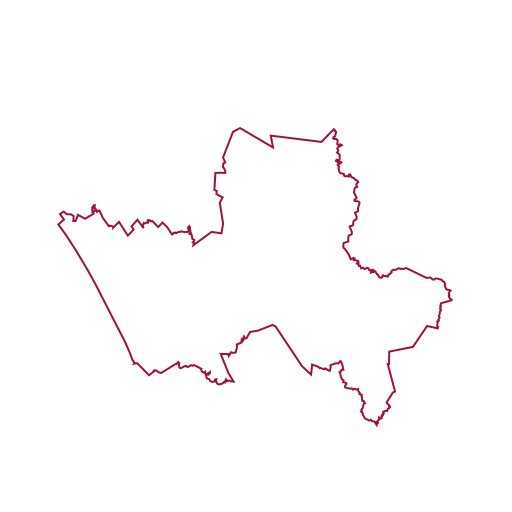 outline of Rosario, Sinaloa, Mexico, rotated 12°
{"feature_id": "50627088B45198070242199", "entity_name": "Rosario", "entity_type": "district", "adm_level": 2, "iso_a3": "MEX", "parent_name": "Mexico", "parent_adm1": "Sinaloa", "projection": "orthographic", "projection_center": [-105.736, 23.09], "detail": "fine", "context": "isolated", "style": "outline", "palette": "rose", "viewbox_px": 512, "rotation_deg": 12, "n_neighbors": 0, "source": "geoboundaries", "source_scale": "gbopen_adm2", "svg_char_len": 6104}
<svg xmlns="http://www.w3.org/2000/svg" viewBox="0 0 512 512"><g transform="rotate(12 256 256)"><path d="M305.8,115.8L296.3,130.8L245.4,135.2L250.1,146.3L213.8,134.2L207.7,139.3L203.3,166.4L206.5,171.0L205.3,171.5L204.9,172.9L205.1,175.9L206.5,176.9L208.2,179.0L208.7,181.0L199.0,183.1L201.6,200.1L204.0,200.5L204.5,203.8L211.2,205.5L209.5,211.4L217.1,231.2L217.5,241.0L207.5,241.7L192.5,258.5L192.5,257.2L193.0,256.3L191.3,255.7L192.4,253.8L192.1,253.0L190.2,252.5L188.6,248.5L186.2,248.1L186.4,247.4L187.4,246.9L186.3,244.9L185.4,241.6L184.5,240.6L183.5,242.8L185.0,244.5L184.3,246.5L181.5,247.5L178.0,247.4L176.8,248.2L175.8,248.2L173.3,250.1L173.0,249.8L172.1,249.8L171.8,250.3L170.6,250.5L170.0,252.1L169.3,252.4L163.1,246.2L157.6,242.8L154.3,248.0L147.4,243.4L146.0,244.0L145.1,243.3L144.1,243.8L143.5,243.1L142.7,243.6L143.4,245.9L141.9,246.2L140.0,247.6L139.5,247.1L138.8,249.3L139.8,251.0L139.5,251.5L132.5,245.2L128.1,252.9L130.8,255.7L126.4,262.7L114.9,251.1L110.5,257.9L110.4,257.0L107.9,256.6L107.2,257.1L106.0,256.8L105.7,257.3L98.4,250.7L93.4,244.0L91.1,245.9L90.4,245.3L90.9,244.8L90.7,244.3L90.0,244.1L89.3,244.4L89.6,243.6L88.6,242.7L87.8,242.9L87.8,239.9L86.8,240.1L86.9,241.0L86.0,241.8L85.7,242.9L86.4,244.2L86.2,245.2L87.0,245.7L86.9,247.0L88.0,246.7L87.8,247.2L88.4,248.4L81.1,255.1L73.4,252.8L72.2,259.3L70.0,259.8L69.4,255.0L66.6,253.7L62.1,254.5L58.7,252.5L55.5,255.7L60.6,260.3L56.1,266.2L66.0,275.2L79.8,289.1L94.4,304.9L105.2,317.4L146.2,367.8L152.8,377.1L156.8,383.5L157.6,383.8L158.4,385.1L159.7,385.7L159.2,386.6L162.2,385.6L176.1,394.9L180.4,390.0L179.8,389.5L180.2,389.0L181.7,388.6L185.4,390.1L187.6,390.1L199.8,378.4L200.6,378.3L201.3,376.7L202.1,375.9L203.2,376.7L203.2,378.6L204.3,381.0L205.6,381.5L209.8,378.2L210.8,378.1L211.7,378.8L212.8,378.5L215.1,376.3L216.6,376.6L217.8,375.5L226.1,377.7L225.9,378.5L227.1,380.2L229.2,381.0L230.2,379.8L231.5,382.5L232.0,382.5L231.9,381.8L233.1,381.3L233.7,380.4L234.2,380.7L235.1,379.4L235.2,380.5L234.2,382.0L232.3,382.4L231.9,383.1L233.3,385.9L235.7,386.2L237.5,387.9L239.5,388.3L240.9,387.4L242.2,387.2L241.5,385.5L242.8,384.8L242.8,386.6L244.4,388.7L245.4,389.2L247.0,389.2L249.8,387.6L251.2,385.5L251.9,386.0L252.4,382.9L253.1,383.5L253.3,384.6L255.9,383.3L257.1,383.8L260.2,383.5L253.4,376.3L241.8,359.1L249.3,357.7L250.1,359.4L251.1,357.5L251.0,356.6L251.5,355.4L253.9,355.5L256.2,354.6L256.4,348.9L255.6,346.5L259.6,343.8L259.4,340.9L260.6,342.0L261.2,340.7L261.2,340.2L260.6,339.3L261.0,337.2L262.5,338.9L263.8,338.4L266.0,331.5L273.1,328.8L286.5,320.0L289.9,320.9L324.0,354.3L334.5,360.5L333.5,350.5L339.8,351.4L341.7,352.4L342.5,352.1L345.9,352.7L346.7,352.4L346.9,351.6L348.2,351.7L348.8,352.3L351.3,353.0L351.5,352.6L352.1,352.7L352.2,349.8L351.6,347.3L356.5,344.3L359.0,343.9L360.3,341.2L361.0,341.6L362.8,343.8L365.1,349.1L363.4,349.5L362.8,351.4L361.8,352.3L362.7,353.0L364.0,356.3L366.1,358.9L367.5,359.4L367.5,361.3L370.3,361.4L371.0,361.8L371.1,362.4L370.0,364.5L370.6,366.1L375.2,366.2L377.2,365.6L378.5,366.6L379.9,365.3L381.8,365.8L383.5,364.9L384.2,367.0L385.9,368.2L385.8,369.4L388.3,369.8L388.2,370.9L388.7,371.5L390.0,375.5L391.8,375.6L393.1,377.3L392.4,377.5L392.0,378.3L392.0,382.6L391.1,384.3L391.7,385.4L391.1,386.2L392.9,387.4L393.5,388.9L396.3,392.2L401.0,393.4L401.9,393.1L402.4,392.3L404.1,393.5L405.3,393.2L406.5,393.5L409.2,396.2L409.2,395.0L408.5,394.5L410.0,393.9L409.5,393.1L408.8,392.8L410.2,390.8L409.9,388.4L411.4,389.3L412.6,388.5L412.1,386.7L412.9,386.3L413.1,385.6L412.6,386.0L412.3,385.3L413.5,383.8L413.4,382.8L412.8,382.4L412.8,381.9L415.2,380.4L416.5,380.4L416.7,378.3L417.7,377.4L417.5,376.4L418.3,376.4L418.6,375.7L417.3,374.3L414.5,372.7L414.2,372.0L418.3,361.0L420.2,359.7L407.4,334.4L408.6,334.1L406.2,321.8L428.4,312.3L437.9,288.9L448.8,289.0L448.5,288.1L448.8,287.4L448.0,287.2L447.6,285.7L447.6,283.5L446.9,282.3L448.3,281.3L447.6,280.2L448.4,278.3L447.4,276.6L447.7,275.4L447.5,272.6L448.1,270.7L447.6,270.5L447.8,269.6L446.9,268.9L447.3,266.8L446.7,266.7L446.6,266.3L446.9,263.7L456.5,258.6L456.5,258.0L454.9,257.4L453.1,255.8L453.3,254.5L452.8,254.2L453.0,253.4L452.3,252.5L452.7,250.6L453.5,249.5L452.2,248.9L450.8,249.2L449.0,249.0L446.8,245.8L446.9,244.4L445.5,242.1L443.7,241.8L442.6,240.7L437.1,240.4L435.7,241.1L435.2,241.9L434.2,242.3L430.9,240.8L427.3,242.0L405.7,236.6L404.8,236.8L403.0,238.1L400.9,238.1L400.2,238.6L398.4,238.2L395.0,240.7L393.9,240.7L392.2,241.7L391.6,243.1L392.0,244.0L391.0,244.9L390.9,245.7L389.3,246.9L389.5,248.5L388.3,248.9L387.3,248.5L385.3,249.1L384.7,249.1L384.2,248.5L383.8,249.3L383.8,250.6L383.1,251.2L381.5,251.3L380.2,250.5L379.4,248.9L378.1,248.7L376.3,246.6L374.6,245.7L373.8,246.4L374.2,247.4L372.5,247.6L371.8,248.3L371.4,246.9L372.1,245.7L370.7,246.3L369.5,246.1L368.7,244.9L367.7,244.3L364.9,246.1L362.9,245.2L361.5,246.2L359.7,243.7L358.7,244.3L357.7,242.7L356.2,242.4L356.6,241.5L357.7,241.6L357.2,239.8L355.1,239.4L352.5,239.7L352.2,239.1L352.8,237.9L351.7,237.6L349.3,239.5L346.5,235.3L341.5,230.6L340.0,229.8L339.5,228.8L339.0,226.2L339.2,224.9L343.3,222.7L342.5,219.5L342.4,216.8L344.8,215.1L345.1,213.9L344.6,212.3L341.5,207.8L342.1,207.0L343.4,206.6L344.5,205.6L344.1,202.1L344.8,200.6L346.6,199.3L346.3,196.7L343.8,193.1L346.6,190.8L345.8,188.0L346.3,182.6L345.6,181.7L344.4,181.3L341.5,181.7L340.8,181.4L340.7,180.4L342.3,178.6L342.2,177.9L338.7,173.7L338.4,169.6L338.9,168.5L340.6,167.3L339.3,165.6L339.5,164.1L340.5,162.6L340.4,162.1L338.6,160.9L337.7,161.0L335.5,159.4L333.4,159.2L330.9,156.6L330.1,157.1L331.0,158.3L330.4,159.0L328.8,158.8L326.8,159.5L325.6,159.2L324.7,157.4L321.1,157.4L320.1,156.5L318.4,152.9L318.7,151.3L317.0,150.1L316.9,149.6L319.4,147.7L320.0,146.6L319.3,146.5L317.9,147.7L314.4,146.4L314.9,145.1L317.4,145.3L317.7,144.7L317.0,140.0L315.7,138.8L313.8,138.0L314.7,136.0L313.1,133.8L314.0,132.2L316.9,129.8L315.5,129.2L313.4,130.2L312.5,130.1L312.0,129.0L312.2,127.9L311.7,125.7L310.2,124.9L307.9,125.3L307.1,125.0L307.0,123.8L308.1,123.1L308.6,122.1L308.4,121.3L308.6,118.4L308.5,117.9L306.9,117.3L307.0,116.6L305.8,115.8Z" fill="none" stroke="#9f1239" stroke-width="2"/></g></svg>